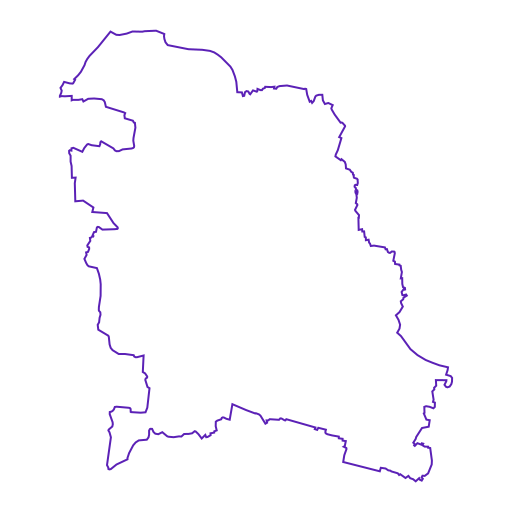 the district of Thanh Hoa, Thanh Hóa, Vietnam
{"feature_id": "81297802B5241398972305", "entity_name": "Thanh Hoa", "entity_type": "district", "adm_level": 2, "iso_a3": "VNM", "parent_name": "Vietnam", "parent_adm1": "Thanh Hóa", "projection": "albers", "projection_center": [105.783, 19.808], "detail": "fine", "context": "isolated", "style": "outline", "palette": "violet", "viewbox_px": 512, "rotation_deg": 0, "n_neighbors": 0, "source": "geoboundaries", "source_scale": "gbopen_adm2", "svg_char_len": 5960}
<svg xmlns="http://www.w3.org/2000/svg" viewBox="0 0 512 512"><path d="M109.3,469.4L110.8,469.1L116.5,464.5L127.5,459.3L127.5,457.9L129.1,453.1L133.2,445.3L135.7,442.4L138.8,440.4L146.8,439.7L148.5,437.4L149.1,434.8L149.1,430.6L149.9,429.1L150.6,428.8L152.1,428.9L153.5,432.0L155.3,433.7L158.3,434.2L162.3,432.2L167.1,436.2L168.3,436.7L173.6,437.2L178.9,436.4L181.4,436.5L184.1,434.0L188.7,433.9L192.1,433.3L194.7,431.2L195.7,431.5L198.4,434.1L201.7,438.5L205.3,434.9L206.2,437.2L207.5,437.0L210.6,435.2L210.5,433.3L214.2,432.6L214.3,431.3L216.7,430.4L215.7,426.2L215.8,421.7L217.3,420.6L221.2,419.3L221.8,417.9L222.7,417.4L223.8,417.5L226.4,418.8L229.7,419.7L232.4,404.2L246.2,410.1L255.3,413.5L255.8,413.2L259.0,414.4L260.5,415.7L265.4,423.7L267.1,422.7L266.6,420.4L268.3,420.4L269.7,419.2L279.0,419.8L280.3,418.4L281.5,418.5L284.6,420.3L285.4,420.4L286.3,419.2L315.4,427.5L314.8,429.1L317.2,429.9L318.3,427.8L325.9,429.7L325.3,432.1L325.7,433.3L327.3,434.2L332.0,435.4L338.8,436.6L338.8,438.3L342.6,438.8L342.6,440.6L345.8,441.1L344.8,446.0L343.7,446.7L346.3,448.0L346.5,449.0L344.3,455.2L343.2,462.0L379.8,471.3L380.8,467.8L385.6,468.5L388.2,470.3L390.5,470.7L391.3,471.4L397.8,473.3L399.1,475.0L400.2,474.2L405.5,478.0L408.4,475.9L410.2,478.2L413.1,479.2L415.7,481.3L419.1,478.2L419.8,479.7L421.7,480.6L422.8,478.8L421.6,477.4L422.5,475.7L424.7,475.9L428.1,473.4L431.7,464.5L431.9,460.6L430.2,448.0L428.1,447.7L428.1,446.7L424.6,446.6L422.4,445.2L423.2,443.7L421.8,443.3L421.2,444.6L417.4,443.2L414.8,445.9L414.1,445.3L414.8,444.1L413.3,442.7L415.7,438.9L416.2,437.0L422.0,428.0L428.7,426.7L429.7,420.2L426.4,419.6L423.8,413.4L424.5,412.9L424.3,406.9L426.1,406.2L429.6,406.8L433.4,408.3L434.8,406.9L434.9,402.6L433.0,401.9L433.6,399.7L432.3,391.4L434.3,389.4L434.1,387.8L436.2,385.7L435.9,380.1L446.4,380.2L446.3,381.2L444.5,384.8L446.0,386.8L447.4,387.3L449.6,386.6L451.3,384.2L452.0,381.7L452.1,377.9L450.7,376.1L446.1,374.7L447.6,370.1L448.0,367.3L439.4,365.3L432.6,362.8L425.7,360.0L417.5,355.1L410.4,349.1L401.0,336.1L397.2,332.7L399.5,328.6L400.1,324.7L398.5,319.8L395.9,315.3L399.5,312.1L402.8,306.6L401.1,303.1L400.8,301.3L403.2,299.3L403.5,297.7L406.8,295.6L406.1,294.5L403.7,295.2L402.4,295.1L401.6,292.0L404.1,288.6L405.2,290.3L404.9,287.9L403.0,287.1L402.8,286.1L402.3,284.0L402.2,278.2L400.8,278.4L401.9,272.0L401.2,269.8L400.7,265.8L399.5,265.4L399.4,264.6L395.1,264.0L394.9,261.6L393.3,260.8L394.8,253.3L394.6,252.0L394.2,251.6L391.8,251.5L390.1,252.9L389.3,252.9L387.9,252.0L386.9,249.1L385.6,249.3L384.9,247.4L374.0,245.6L370.8,246.0L370.0,243.6L369.1,242.6L368.6,239.7L365.9,240.2L365.8,237.4L364.7,236.9L364.1,231.4L362.3,231.5L362.1,229.2L358.7,229.9L358.4,217.9L358.8,217.9L359.0,215.1L355.5,211.0L355.0,209.9L357.4,205.0L357.2,204.2L355.8,203.1L356.8,197.8L356.4,194.4L355.5,192.7L355.4,191.3L356.1,191.4L357.4,193.0L357.6,191.9L357.3,190.4L356.4,189.9L355.8,189.1L355.9,188.2L354.6,186.8L354.6,186.2L354.8,185.3L355.5,184.8L357.2,185.0L357.8,183.0L357.6,179.5L356.9,178.7L354.1,177.8L353.7,176.9L353.8,175.0L353.0,174.6L352.8,172.7L351.3,171.9L349.8,169.7L346.0,168.4L345.7,164.4L344.8,161.9L341.5,159.2L340.8,160.2L335.4,156.4L335.8,154.5L337.8,150.2L341.4,138.1L339.2,137.1L345.1,126.3L345.0,125.7L342.5,122.9L341.7,122.5L340.6,122.7L334.7,114.6L331.8,109.7L331.3,108.3L332.7,105.1L328.3,103.0L324.9,104.0L322.9,100.4L322.3,94.8L318.9,94.8L316.3,95.6L315.4,96.5L313.7,101.1L312.1,102.9L311.1,100.9L309.7,101.7L307.2,94.8L306.2,89.0L305.0,88.7L304.2,89.1L287.0,85.5L279.6,86.1L277.3,87.0L276.3,88.7L274.0,88.5L274.4,86.7L271.2,87.1L265.2,86.8L264.8,88.0L262.9,88.7L262.0,90.1L260.4,90.1L257.5,88.9L257.3,91.1L256.8,91.7L253.0,90.4L250.2,94.3L249.6,93.9L248.3,91.5L246.5,91.1L245.0,92.2L244.2,95.8L242.9,96.1L241.9,92.4L237.3,92.2L236.3,81.8L234.9,76.4L232.5,70.0L230.4,66.6L221.2,57.3L217.8,54.7L214.2,52.4L210.0,50.9L202.3,49.8L188.4,49.2L167.7,45.1L165.5,42.3L164.4,39.0L164.0,36.2L164.3,34.0L156.1,30.7L144.7,31.2L142.2,31.7L132.5,31.5L126.7,33.6L119.6,35.0L116.3,34.8L110.5,31.6L97.9,47.2L89.6,55.8L87.3,58.9L85.6,61.9L84.5,65.2L80.9,71.8L78.1,75.3L74.2,79.1L75.1,79.8L73.2,83.2L72.7,83.6L69.8,83.4L64.1,81.9L62.6,85.0L60.5,87.9L61.7,90.7L61.2,93.0L59.9,95.8L59.9,96.6L61.7,96.1L64.7,96.3L71.7,95.9L71.7,100.3L72.8,99.9L78.2,99.9L82.3,99.2L83.4,101.5L88.2,98.8L94.1,98.5L101.8,99.2L103.7,100.3L104.8,102.1L105.9,106.8L123.9,112.4L125.2,113.1L124.4,115.2L124.8,118.3L132.9,120.7L133.8,122.5L134.9,122.8L135.4,127.7L133.5,138.0L133.3,140.7L134.2,146.0L133.9,147.4L133.1,148.0L131.6,148.5L122.6,149.4L119.0,151.1L116.5,151.2L114.9,150.4L113.4,148.4L101.2,141.3L100.4,142.2L100.2,144.2L99.4,146.2L91.6,145.2L88.2,144.0L87.1,144.5L84.3,148.0L82.3,151.8L73.3,147.8L71.5,148.3L71.4,150.6L69.8,150.2L69.1,150.8L69.2,153.2L70.6,155.7L70.6,161.6L71.6,166.0L71.9,177.8L75.6,177.6L74.8,183.2L75.3,201.3L83.1,200.6L93.4,207.5L92.3,212.0L107.0,213.1L113.5,223.1L117.6,227.3L117.8,228.2L117.4,228.9L114.5,229.2L102.4,229.6L98.8,227.0L97.6,226.9L96.9,227.5L96.0,231.8L94.0,232.1L92.5,235.6L93.4,236.1L93.2,236.5L92.4,236.2L91.3,237.5L89.9,237.9L90.3,240.9L87.3,245.4L87.6,246.9L89.1,247.4L89.2,248.9L88.0,251.9L86.1,252.4L86.6,254.9L84.4,258.9L86.2,263.0L87.4,265.1L88.7,266.3L96.9,268.1L98.9,273.8L100.2,279.6L100.7,284.3L100.6,295.9L98.9,307.0L98.8,310.0L99.0,310.8L100.3,312.3L100.5,314.8L99.6,317.8L99.1,322.3L97.7,324.8L98.3,329.7L108.3,335.7L108.8,336.8L109.6,344.4L110.7,347.9L112.6,350.2L118.7,354.0L125.0,354.0L133.7,355.2L134.2,356.5L135.5,357.2L137.0,357.2L143.6,355.5L142.8,372.0L145.1,373.4L147.2,376.5L147.1,377.6L145.7,378.5L145.3,379.9L147.5,387.0L149.5,388.2L147.3,407.7L145.5,412.3L140.6,412.7L131.0,412.1L130.7,411.9L130.6,409.0L130.1,408.2L129.0,407.8L116.5,406.7L114.8,407.0L113.9,409.4L112.7,410.8L111.5,411.6L109.8,412.0L109.7,414.1L112.6,422.2L112.8,424.3L112.3,426.5L108.7,429.6L108.4,430.5L109.5,432.3L110.9,437.3L107.0,465.1L108.3,467.6L108.4,469.0L109.3,469.4Z" fill="none" stroke="#5b21b6" stroke-width="2"/></svg>